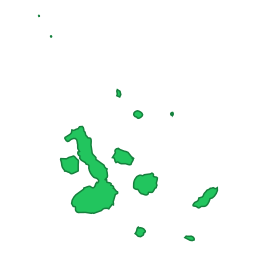 SVG path tracing the border of Galápagos
{"feature_id": "ECU-1270", "entity_name": "Galápagos", "entity_type": "Province", "adm_level": 1, "iso_a3": "ECU", "parent_name": "Ecuador", "parent_adm1": "", "projection": "robinson", "projection_center": [-90.747, 0.131], "detail": "fine", "context": "isolated", "style": "filled", "palette": "green", "viewbox_px": 256, "rotation_deg": 0, "n_neighbors": 0, "source": "natural_earth", "source_scale": "10m", "svg_char_len": 5383}
<svg xmlns="http://www.w3.org/2000/svg" viewBox="0 0 256 256"><path d="M116.4,191.3L117.0,191.7L117.4,191.7L117.6,191.9L117.7,193.1L117.4,193.5L115.8,194.2L115.3,194.6L113.2,201.8L113.5,203.6L113.4,204.9L112.0,204.4L111.2,205.7L109.5,207.8L108.8,208.9L107.7,208.4L106.6,208.3L104.6,208.4L103.3,208.8L101.3,210.6L93.8,213.3L92.4,213.0L91.4,213.3L85.5,212.4L78.2,212.5L76.9,212.0L75.9,210.9L75.6,210.2L75.5,209.4L75.5,207.7L75.3,206.8L74.7,206.6L73.9,206.6L73.2,206.4L71.6,203.5L72.2,200.2L74.0,197.0L75.9,194.8L83.5,189.3L83.8,188.7L83.8,188.2L84.0,187.9L85.0,187.7L86.7,187.0L89.0,186.3L89.7,186.3L90.4,186.5L90.8,186.8L91.1,187.1L91.5,187.3L92.6,187.8L93.3,187.8L93.9,187.5L94.3,187.1L94.9,186.0L95.3,185.8L95.3,185.0L95.9,183.5L96.8,182.3L97.7,182.8L98.5,181.5L98.6,180.4L98.1,179.5L97.3,178.7L96.4,178.2L94.5,177.6L93.7,177.2L92.2,175.6L90.6,173.3L89.4,170.6L88.8,168.2L88.9,166.0L88.7,165.3L87.9,164.6L87.4,164.4L86.5,164.3L86.1,164.1L85.9,163.8L85.3,162.6L81.3,160.2L79.8,158.4L79.9,156.0L78.6,155.2L77.8,153.6L77.9,152.0L79.5,151.5L78.3,149.6L77.8,148.5L77.7,147.3L77.7,144.7L77.6,144.1L77.3,142.9L77.3,142.2L76.7,139.8L75.3,138.5L73.3,138.5L71.0,139.4L68.8,141.2L67.6,141.5L66.3,140.7L65.0,138.7L64.8,138.2L65.0,137.5L65.3,137.2L65.8,137.0L70.2,134.2L71.4,132.8L71.9,129.9L73.5,130.4L74.8,130.0L76.0,129.3L78.1,128.7L78.6,128.1L79.0,127.4L79.5,126.8L80.2,126.6L81.5,126.6L82.1,126.4L83.2,127.4L83.7,129.1L83.9,130.7L84.2,131.4L85.0,132.1L85.8,135.2L86.3,135.9L86.8,136.2L87.7,137.6L88.1,137.9L89.5,138.0L90.2,138.2L90.6,138.4L91.1,139.7L91.2,141.5L91.0,145.0L92.2,153.2L92.9,154.4L95.6,157.2L95.9,157.5L95.9,158.0L95.9,158.8L96.1,159.7L96.6,160.0L97.0,160.1L97.2,160.3L103.9,165.1L104.3,165.9L104.5,166.6L104.9,167.2L105.7,168.2L106.0,168.4L107.0,168.7L107.1,169.1L106.9,169.5L106.7,169.9L106.6,170.1L107.2,172.9L107.5,176.0L107.1,177.4L105.4,179.1L104.8,180.2L106.3,179.1L106.7,179.8L106.7,181.1L107.0,182.3L109.8,182.8L111.1,183.6L111.0,185.3L111.9,185.4L112.7,185.8L113.3,186.5L113.7,187.3L113.3,188.3L114.2,188.7L116.4,191.3ZM156.6,177.2L157.4,178.0L157.2,179.7L156.4,182.8L156.4,183.6L156.8,184.7L156.9,185.5L156.7,185.7L156.2,187.4L156.2,187.7L155.1,188.2L154.3,189.4L153.6,190.7L152.8,191.8L152.2,192.3L151.9,192.4L148.7,192.3L148.4,192.6L148.1,194.0L147.2,194.7L146.1,195.0L144.9,194.8L142.6,194.0L141.2,193.7L140.8,193.3L140.5,193.0L140.2,192.8L139.7,192.3L138.3,190.0L137.7,189.3L136.8,189.4L135.6,189.1L134.4,188.5L133.7,187.7L133.6,186.8L133.7,183.2L134.1,181.3L134.8,179.5L135.8,178.0L136.8,176.7L137.4,176.3L139.2,175.4L139.9,175.2L140.7,175.2L142.1,175.6L142.6,175.7L143.2,175.5L144.0,174.9L144.4,174.7L150.5,173.9L151.9,173.1L152.3,173.3L152.7,173.5L153.1,173.9L153.3,174.2L153.5,174.9L153.4,175.7L153.5,176.4L154.0,176.7L154.6,176.8L155.9,177.1L156.6,177.2ZM78.2,170.9L77.5,171.3L73.0,173.4L71.9,173.7L71.2,173.7L70.6,173.5L69.3,172.4L68.1,172.1L66.1,171.2L65.8,171.1L65.1,171.2L64.8,171.2L64.5,170.9L64.5,170.7L64.5,170.4L64.4,170.1L63.3,168.8L62.4,167.3L61.9,165.7L61.4,162.3L60.6,159.5L60.8,158.6L66.5,158.8L68.9,157.4L71.9,156.6L73.4,156.0L73.8,156.1L74.6,156.6L76.9,159.2L77.5,159.6L78.3,160.3L78.4,161.8L78.2,164.6L78.2,170.9ZM214.0,188.0L214.8,188.6L215.6,188.6L216.5,188.2L217.3,187.7L217.4,190.5L216.2,193.5L214.4,196.1L212.4,197.9L210.1,198.6L209.8,199.1L209.7,199.8L208.9,201.9L207.6,204.2L206.7,205.2L205.8,205.9L204.7,206.3L203.8,206.4L201.5,206.4L200.9,206.6L199.5,207.7L198.6,207.9L198.0,207.7L196.6,206.7L196.0,206.4L193.7,206.0L193.1,205.7L193.0,205.0L193.4,204.2L194.2,203.1L194.7,202.5L197.3,201.2L198.2,200.4L198.9,197.9L199.5,197.8L202.2,197.0L203.0,196.2L204.0,193.8L204.6,193.0L206.3,191.2L206.6,190.5L207.2,190.1L209.5,189.1L210.2,188.3L211.2,188.3L213.2,187.7L214.0,188.0ZM132.4,158.6L133.3,159.2L132.9,160.5L131.5,162.9L131.0,164.4L129.8,164.8L128.4,164.6L125.6,163.7L121.1,163.7L119.8,163.2L118.6,162.4L117.4,161.9L116.0,162.6L115.1,161.4L114.7,159.5L114.0,157.9L112.4,157.6L115.1,153.3L115.3,152.3L114.9,151.0L115.4,149.7L116.5,148.8L117.7,148.5L118.2,148.9L118.4,148.9L118.6,148.5L119.9,149.5L124.3,151.2L125.9,151.5L128.0,152.4L131.4,156.7L133.3,158.1L133.0,158.2L132.8,158.3L132.4,158.6ZM144.4,229.8L144.5,230.0L144.8,230.3L145.1,230.6L145.3,231.1L145.3,231.6L145.1,231.9L144.9,232.1L144.9,232.3L144.7,232.6L143.8,232.9L143.5,233.1L143.5,233.4L143.6,234.3L143.5,234.6L143.2,235.1L141.0,236.5L140.6,236.7L138.2,236.3L137.3,235.5L136.4,234.5L135.1,233.6L135.7,232.8L136.2,231.9L136.6,230.8L137.1,228.6L137.7,227.5L138.5,227.1L139.1,228.1L140.3,227.7L142.1,228.1L143.7,228.9L144.4,229.8ZM135.7,116.8L135.1,116.6L134.5,116.0L134.0,115.3L133.7,114.8L133.9,113.1L134.9,111.9L136.3,111.1L137.7,110.8L139.2,111.3L140.8,112.2L142.0,113.3L142.6,114.8L142.2,115.9L141.0,117.1L139.6,118.0L138.2,118.3L137.4,118.0L136.6,117.0L135.7,116.8ZM191.0,236.1L192.8,236.8L194.1,238.3L194.2,239.9L192.2,240.6L190.1,240.3L184.8,237.6L186.2,236.1L187.2,236.3L190.2,236.3L191.0,236.1ZM117.3,89.6L120.0,91.3L120.8,94.6L119.7,97.0L116.8,95.7L117.3,94.1L116.8,91.0L117.3,89.6ZM171.9,112.5L172.2,112.4L172.8,112.5L173.2,113.6L173.1,114.8L172.7,115.3L172.7,114.5L172.2,114.3L171.5,114.6L171.5,115.2L171.0,114.9L170.7,113.9L171.0,113.1L171.9,112.5ZM51.0,35.8L51.3,35.9L51.6,36.5L51.5,36.8L51.1,37.1L50.8,36.9L50.6,36.5L50.6,36.1L51.0,35.8ZM38.6,15.8L38.9,15.4L39.3,15.7L39.3,16.3L38.9,16.4L38.6,15.8Z" fill="#22c55e" stroke="#15803d" stroke-width="1.5"/></svg>